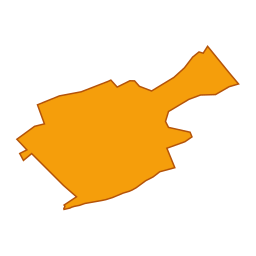 Bland, Virginia, United States of America, rotated 179°
{"feature_id": "52423323B69733350271786", "entity_name": "Bland", "entity_type": "district", "adm_level": 2, "iso_a3": "USA", "parent_name": "United States of America", "parent_adm1": "Virginia", "projection": "albers", "projection_center": [-81.149, 37.127], "detail": "fine", "context": "isolated", "style": "filled", "palette": "amber", "viewbox_px": 256, "rotation_deg": 179, "n_neighbors": 0, "source": "geoboundaries", "source_scale": "gbopen_adm2", "svg_char_len": 845}
<svg xmlns="http://www.w3.org/2000/svg" viewBox="0 0 256 256"><g transform="rotate(179 128 128)"><path d="M47.0,208.3L51.5,201.5L55.7,202.8L62.1,197.8L70.5,187.2L81.2,177.8L103.8,164.6L115.9,169.5L120.6,175.0L125.3,175.2L138.1,169.1L144.3,176.2L147.0,175.0L174.2,165.0L196.0,161.3L218.1,152.8L211.5,133.6L221.4,131.3L239.3,118.7L229.5,107.9L236.7,104.4L233.1,97.4L224.8,104.1L193.5,71.7L180.7,60.1L193.2,52.1L192.8,51.8L192.5,50.6L193.6,48.5L193.4,47.7L187.4,49.0L185.7,49.8L182.9,50.6L177.9,51.5L172.4,53.3L155.3,56.0L151.3,56.8L144.8,58.7L134.0,63.0L127.9,64.7L125.0,65.9L120.9,68.1L111.2,75.0L103.7,78.7L97.0,83.7L81.9,87.5L89.5,107.1L71.3,113.3L64.2,118.0L66.0,122.7L87.5,127.9L90.4,133.9L87.2,143.8L66.6,155.6L55.0,159.7L39.9,159.9L26.2,167.5L16.7,170.1L26.1,181.7L47.0,208.3Z" fill="#f59e0b" stroke="#b45309" stroke-width="1.5"/></g></svg>